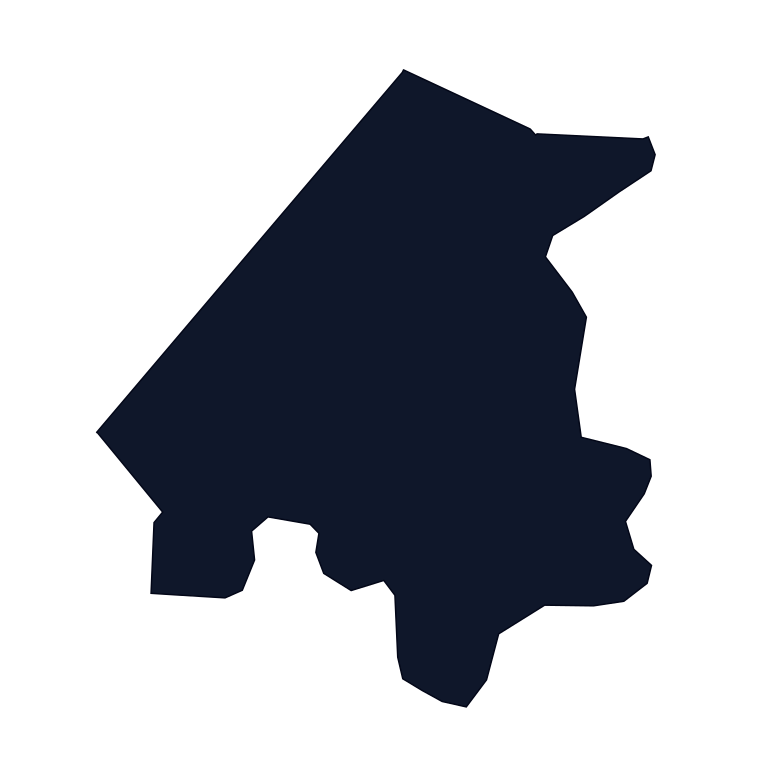 Karlsborg, Västra Götaland, Sweden (Natural Earth projection), rotated 185°
{"feature_id": "70781695B19460929055016", "entity_name": "Karlsborg", "entity_type": "district", "adm_level": 2, "iso_a3": "SWE", "parent_name": "Sweden", "parent_adm1": "Västra Götaland", "projection": "natural_earth1", "projection_center": [14.477, 58.607], "detail": "fine", "context": "isolated", "style": "filled", "palette": "ink", "viewbox_px": 768, "rotation_deg": 185, "n_neighbors": 0, "source": "geoboundaries", "source_scale": "gbopen_adm2", "svg_char_len": 862}
<svg xmlns="http://www.w3.org/2000/svg" viewBox="0 0 768 768"><g transform="rotate(185 384 384)"><path d="M392.0,698.4L392.9,696.0L527.3,506.6L666.3,310.4L665.5,310.8L593.3,237.1L601.0,225.9L597.8,155.2L572.9,155.8L523.7,157.1L507.2,166.2L497.6,197.4L503.1,225.9L488.0,241.5L445.4,237.9L435.8,229.6L437.2,210.3L427.5,190.1L398.7,175.4L367.1,188.3L354.7,174.5L346.5,113.0L339.6,92.0L319.0,81.9L298.4,72.8L273.9,69.5L256.1,98.2L248.0,145.1L204.7,177.7L155.9,181.3L126.1,188.5L104.5,208.4L101.7,226.6L120.7,241.1L131.5,268.2L115.2,297.3L109.8,315.4L112.5,331.7L136.8,340.8L182.9,348.1L193.7,395.4L191.0,431.2L188.2,468.2L204.5,491.9L234.3,524.7L228.9,546.6L199.0,568.5L166.5,595.9L136.6,619.7L133.9,636.1L142.3,653.2L147.4,650.7L253.3,646.5L254.7,645.2L260.5,650.7L391.6,698.5L391.7,698.3L392.0,698.4Z" fill="#0f172a" stroke="#020617" stroke-width="1.5"/></g></svg>